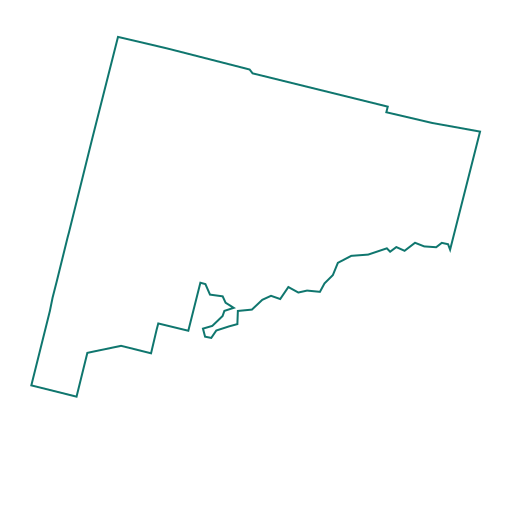 the district of Osceola, Florida, United States of America, rotated 284°
{"feature_id": "52423323B49272784755567", "entity_name": "Osceola", "entity_type": "district", "adm_level": 2, "iso_a3": "USA", "parent_name": "United States of America", "parent_adm1": "Florida", "projection": "robinson", "projection_center": [-81.287, 27.995], "detail": "fine", "context": "isolated", "style": "outline", "palette": "teal", "viewbox_px": 512, "rotation_deg": 284, "n_neighbors": 0, "source": "geoboundaries", "source_scale": "gbopen_adm2", "svg_char_len": 934}
<svg xmlns="http://www.w3.org/2000/svg" viewBox="0 0 512 512"><g transform="rotate(284 256 256)"><path d="M435.2,69.1L330.4,68.7L233.3,68.8L228.7,68.7L183.4,68.8L166.3,68.7L152.8,69.3L76.1,69.3L76.1,113.1L76.1,115.9L121.2,115.8L123.9,121.3L136.2,146.8L136.2,177.7L160.7,177.4L160.9,177.4L166.9,177.5L167.1,208.4L216.6,208.5L216.5,213.7L207.4,220.7L208.8,233.4L203.3,237.8L200.3,246.9L195.1,238.6L189.7,238.1L177.6,230.5L172.7,222.1L165.4,226.1L165.7,232.4L174.1,235.5L181.2,246.9L185.4,254.4L198.3,251.7L203.0,265.0L215.0,272.7L221.0,280.2L220.1,289.9L233.7,294.9L230.8,305.9L234.8,313.9L236.7,326.7L246.0,329.1L256.1,335.2L269.2,337.1L279.2,348.4L284.5,364.5L295.1,381.1L292.6,385.1L298.6,390.0L297.0,398.9L307.3,407.1L306.0,416.9L308.1,428.7L313.7,433.1L313.9,439.5L309.1,442.8L430.9,443.3L427.7,394.8L427.0,347.7L432.8,347.7L432.4,208.5L435.4,204.7L435.9,119.6L435.2,69.1Z" fill="none" stroke="#0f766e" stroke-width="2"/></g></svg>